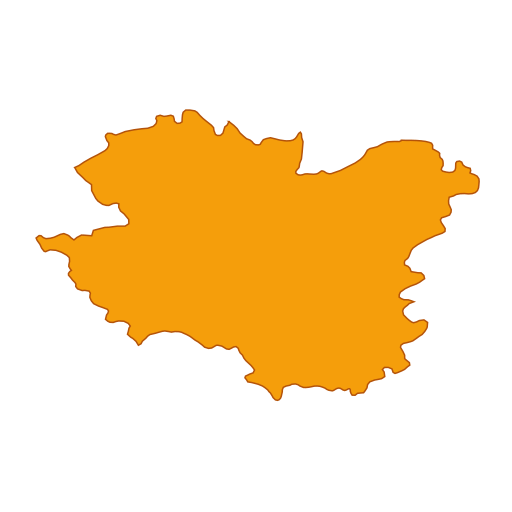 Rechytsa, Gomel, Belarus (Equal Earth projection), rotated 182°
{"feature_id": "67162791B36955231142498", "entity_name": "Rechytsa", "entity_type": "district", "adm_level": 2, "iso_a3": "BLR", "parent_name": "Belarus", "parent_adm1": "Gomel", "projection": "equal_earth", "projection_center": [30.22, 52.327], "detail": "fine", "context": "isolated", "style": "filled", "palette": "amber", "viewbox_px": 512, "rotation_deg": 182, "n_neighbors": 0, "source": "geoboundaries", "source_scale": "gbopen_adm2", "svg_char_len": 6036}
<svg xmlns="http://www.w3.org/2000/svg" viewBox="0 0 512 512"><g transform="rotate(182 256 256)"><path d="M143.7,123.1L142.4,124.9L140.5,128.1L140.0,131.4L137.9,134.2L133.1,136.2L129.4,137.0L126.2,137.8L123.1,140.0L123.9,144.5L125.7,146.9L123.8,149.1L119.9,149.3L116.2,147.9L114.9,144.5L113.0,143.5L110.7,144.3L106.4,146.3L103.5,147.9L100.6,150.7L98.5,152.3L99.0,154.8L101.9,157.0L103.8,158.6L104.0,162.1L105.8,165.6L108.4,169.7L108.1,171.9L105.6,173.8L102.4,174.6L98.5,175.8L96.3,176.7L93.9,178.5L92.7,179.4L90.2,181.4L87.2,183.4L84.7,186.5L82.9,189.6L82.4,191.1L82.2,195.6L85.9,198.0L90.5,197.2L93.3,195.7L96.2,194.8L98.2,195.4L100.8,197.2L102.8,198.8L106.5,202.3L107.5,206.1L106.8,208.5L105.1,210.3L103.0,212.0L101.3,213.8L96.6,215.8L99.3,216.7L102.2,217.5L106.7,217.5L109.4,218.5L111.5,219.9L111.5,222.4L110.4,225.0L105.9,228.5L100.8,231.2L94.9,233.6L91.6,235.5L88.9,237.6L86.7,239.2L87.6,242.4L90.4,244.9L93.6,244.9L100.4,245.8L101.8,249.1L103.8,251.0L107.2,252.3L107.5,254.8L107.0,256.7L104.3,259.0L103.3,260.7L102.2,263.9L101.0,267.2L99.2,269.6L94.8,273.0L91.7,274.9L88.1,277.1L85.6,278.6L81.4,280.6L77.8,282.5L73.7,284.1L70.7,285.3L68.0,287.1L67.9,290.0L69.6,292.6L72.0,295.9L73.0,298.5L71.8,300.7L67.7,302.1L64.0,303.7L62.6,306.6L62.5,309.1L63.8,311.9L65.2,314.7L65.5,317.9L65.0,321.5L60.7,322.9L58.0,324.5L54.1,325.4L50.0,325.7L45.6,325.5L42.1,325.9L39.0,327.1L37.0,329.1L36.0,331.9L35.8,334.4L35.6,338.1L35.9,340.8L37.8,343.5L40.8,345.0L43.2,345.7L45.1,346.5L44.4,348.7L45.0,351.1L47.6,351.7L50.0,352.5L52.3,354.2L53.7,357.0L55.9,358.0L58.6,357.4L59.6,355.8L59.6,350.7L60.2,348.4L62.4,346.7L65.8,346.2L68.8,346.5L72.5,347.3L73.9,348.7L73.4,350.9L72.2,352.8L72.2,355.1L72.5,357.4L73.3,359.1L75.4,360.8L76.1,363.1L76.0,365.0L77.6,366.4L80.5,367.9L83.2,369.2L83.3,371.3L83.3,372.8L84.5,374.8L86.7,375.6L90.6,376.4L94.8,376.8L99.4,377.0L105.0,377.0L110.1,376.8L114.8,376.8L114.8,376.4L116.7,375.4L121.6,375.3L126.3,374.9L129.0,374.5L131.2,373.5L133.8,372.3L135.7,371.2L138.4,369.5L142.0,368.4L146.0,367.3L148.4,365.6L150.3,361.9L151.2,360.4L152.8,358.4L155.1,356.1L160.1,352.4L167.3,348.5L174.7,344.4L180.9,342.0L183.7,340.9L185.7,340.7L188.3,341.3L191.2,343.0L193.1,343.4L194.3,342.8L195.6,341.7L196.8,340.8L198.4,340.1L201.0,339.7L205.2,339.8L207.6,339.9L209.9,339.7L212.8,338.7L214.6,338.4L216.7,338.6L219.0,340.1L219.2,341.8L218.0,343.7L216.2,345.8L215.9,347.2L215.6,350.2L214.0,354.5L213.5,361.3L213.0,371.8L214.5,375.9L214.9,379.7L216.0,381.3L217.6,380.0L219.6,376.4L220.9,374.7L223.0,373.2L225.8,372.4L229.5,372.1L231.5,372.2L236.1,372.7L238.1,373.1L240.8,373.7L245.7,374.7L249.7,373.7L252.7,372.5L254.8,369.5L255.6,367.8L257.4,367.1L260.5,367.2L262.4,368.4L263.9,370.1L265.9,371.6L269.6,372.9L272.3,375.0L276.3,378.4L279.3,382.6L282.8,385.8L287.8,389.4L287.7,389.4L289.3,385.9L291.7,383.9L292.6,380.4L293.3,377.7L295.7,375.3L298.8,375.1L300.8,376.1L302.4,379.9L302.9,382.8L305.1,385.1L310.0,388.7L313.8,391.6L317.1,394.6L319.8,397.5L322.2,398.9L326.9,399.5L331.3,399.4L333.8,397.1L334.4,394.6L334.6,390.9L334.6,387.5L336.6,386.1L339.5,385.8L342.2,387.8L342.6,390.1L343.5,392.8L346.0,393.7L350.2,392.7L352.9,392.3L356.7,393.3L360.2,392.1L360.9,389.9L359.8,387.8L360.4,384.9L363.1,382.0L368.6,379.9L374.4,379.2L382.2,377.9L387.3,376.7L391.1,375.8L394.2,374.4L397.1,373.2L400.2,372.0L402.7,372.6L404.3,373.4L406.9,373.5L408.6,373.4L410.4,371.6L410.7,370.0L410.0,368.4L409.0,366.1L407.1,363.9L407.0,361.2L408.4,358.2L410.5,356.1L412.9,354.6L418.0,351.5L424.6,347.9L431.2,343.8L436.1,340.2L440.3,338.1L440.2,338.0L437.3,333.2L431.8,328.4L428.8,325.5L422.9,321.6L422.5,315.6L418.1,307.9L415.9,305.4L411.1,302.3L407.4,301.4L404.8,301.4L400.8,303.4L397.5,304.0L394.9,303.4L394.9,300.0L393.0,296.3L389.3,293.5L384.5,288.1L384.2,283.8L387.8,281.3L395.6,281.0L404.0,279.6L408.1,279.3L416.5,276.8L419.4,275.9L420.9,270.5L428.3,270.8L431.2,270.8L435.6,268.3L438.5,265.7L441.5,267.7L443.3,269.4L444.8,270.3L448.8,271.7L452.2,270.8L454.4,269.7L458.4,267.7L462.1,266.6L466.5,266.0L469.1,266.9L471.6,268.8L473.5,268.8L476.4,266.3L475.3,264.0L472.3,260.1L470.5,256.4L467.9,253.3L466.4,253.0L464.6,253.9L462.0,255.0L456.1,254.7L450.6,253.0L445.1,250.2L442.5,247.9L442.1,244.2L442.7,240.9L442.7,239.0L441.2,236.6L440.0,235.2L441.5,234.0L442.8,232.1L442.7,230.3L440.3,227.7L438.5,225.5L436.0,223.2L435.0,221.6L435.1,219.2L433.2,216.9L428.5,215.4L425.9,215.7L421.6,215.1L420.2,213.1L420.5,211.3L420.6,208.9L419.1,205.6L416.6,202.7L413.7,201.4L411.7,200.5L406.9,199.0L402.6,197.5L401.5,195.9L402.0,193.8L403.3,191.8L404.2,187.5L401.8,185.6L399.7,184.7L396.4,184.6L393.8,185.6L391.0,186.3L385.8,186.2L381.3,184.2L379.2,181.6L380.4,179.5L381.0,176.1L381.7,173.3L378.4,170.5L376.2,169.3L372.9,166.5L370.4,162.7L367.8,164.3L366.6,166.9L363.3,169.9L361.5,172.1L359.3,173.8L353.8,175.3L350.5,176.4L346.9,177.5L344.5,177.9L340.3,177.4L337.9,177.0L334.3,177.7L330.3,177.7L327.7,177.2L325.4,176.2L322.8,175.2L319.5,173.6L317.5,172.3L314.1,169.9L310.8,168.1L306.4,165.0L304.2,163.1L300.2,162.0L297.1,162.5L294.7,164.0L292.7,165.3L291.1,165.5L287.1,164.8L285.6,164.0L282.3,162.1L279.6,161.8L277.4,163.0L275.2,164.3L272.7,164.8L270.5,163.1L269.9,161.3L268.5,158.7L266.1,156.5L264.5,153.5L262.5,151.1L259.4,148.4L257.2,146.5L255.2,144.3L253.5,142.0L254.8,139.1L258.1,137.8L260.3,136.6L262.3,135.6L262.8,133.9L261.0,131.8L259.8,129.9L255.9,129.4L252.3,128.6L249.3,127.9L245.0,126.3L242.4,124.7L239.6,122.6L238.3,120.9L236.9,119.7L235.0,116.9L234.0,115.1L231.6,112.9L229.4,112.5L227.7,113.3L226.4,115.0L225.8,116.9L225.0,121.2L225.0,123.3L224.1,125.7L221.3,127.1L217.6,128.0L215.7,129.1L212.1,129.5L209.4,128.8L207.6,127.6L204.0,126.3L201.7,126.3L198.7,126.7L196.4,127.2L193.2,128.0L190.4,128.2L187.5,128.0L185.0,127.3L182.5,126.4L180.6,125.2L178.6,124.4L175.1,123.9L173.7,124.4L172.1,125.5L170.6,126.4L169.0,126.9L167.4,126.8L165.6,125.9L164.5,125.2L162.7,124.7L161.2,125.2L158.9,126.5L157.8,126.6L157.1,125.7L157.1,124.2L156.3,122.1L155.1,120.3L152.1,120.3L149.8,122.3L147.1,122.7L143.7,123.1Z" fill="#f59e0b" stroke="#b45309" stroke-width="1.5"/></g></svg>